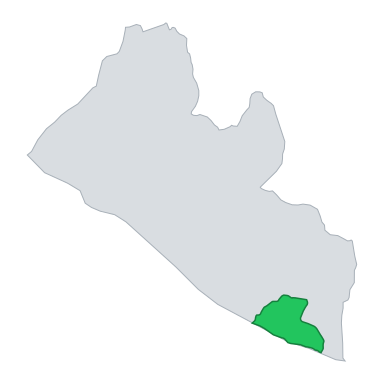 Grand Kru highlighted on a map of Liberia
{"feature_id": "LBR-780", "entity_name": "Grand Kru", "entity_type": "County", "adm_level": 1, "iso_a3": "LBR", "parent_name": "Liberia", "parent_adm1": "", "projection": "mercator", "projection_center": [-8.188, 4.813], "detail": "fine", "context": "in_parent", "style": "filled", "palette": "green", "viewbox_px": 384, "rotation_deg": 0, "n_neighbors": 0, "source": "natural_earth", "source_scale": "10m", "svg_char_len": 3012}
<svg xmlns="http://www.w3.org/2000/svg" viewBox="0 0 384 384"><path d="M27.3,155.0L31.6,151.4L37.8,139.8L46.5,128.7L54.7,122.1L61.2,115.3L68.0,110.1L77.8,104.0L92.8,87.9L96.3,86.1L98.7,75.0L102.4,60.8L106.8,56.5L117.0,53.8L119.3,51.4L123.0,41.4L125.3,29.8L125.5,27.3L129.5,27.0L136.4,24.5L140.4,25.6L142.1,29.0L143.0,31.8L163.9,24.5L165.7,23.0L166.8,23.3L169.4,29.8L170.9,29.4L172.2,27.5L173.5,27.4L175.2,28.2L176.8,31.3L179.5,34.0L184.0,35.9L186.8,38.6L186.5,45.5L187.6,52.3L189.6,53.9L190.6,57.9L191.1,62.4L192.2,64.7L193.0,69.2L192.6,74.0L193.4,77.4L196.7,83.2L198.8,90.6L198.8,95.8L197.6,101.3L195.4,106.3L191.5,111.7L191.2,113.9L193.5,115.3L197.0,115.6L199.9,114.5L207.3,117.0L211.1,120.6L214.5,125.0L217.6,127.2L219.0,130.0L224.2,129.3L230.3,126.6L231.5,125.3L233.3,126.0L237.2,126.3L240.0,121.4L242.2,115.8L246.9,109.8L249.2,107.4L249.8,103.6L250.1,98.6L251.8,94.2L255.7,91.8L259.9,91.9L262.2,92.8L263.3,97.0L266.7,100.2L269.6,102.3L271.1,103.3L273.5,105.7L275.8,114.2L284.8,141.5L284.3,149.0L282.6,154.0L282.5,158.8L281.9,163.5L276.4,171.3L260.2,187.2L261.4,188.6L265.3,190.4L269.3,191.4L272.5,190.9L276.6,194.9L280.9,199.9L285.6,202.5L292.2,204.8L298.1,205.0L303.0,204.1L310.1,205.1L317.5,209.3L320.2,216.1L321.9,222.0L324.5,225.1L324.9,230.2L330.2,234.7L337.8,235.6L347.6,240.9L350.0,240.7L351.1,240.0L352.3,241.0L354.8,256.3L356.7,264.4L355.7,267.7L354.4,270.3L354.3,282.6L349.9,289.7L349.1,297.5L347.9,300.0L343.1,302.3L343.1,308.2L341.8,315.5L341.4,323.1L342.7,343.2L342.9,358.1L345.1,361.0L335.8,359.7L308.7,348.3L287.8,341.8L217.8,304.4L198.3,289.4L175.9,267.0L126.0,221.9L114.7,214.7L100.3,211.2L91.4,207.4L85.2,203.2L80.1,190.7L67.6,183.2L44.6,172.7L27.3,155.0Z" fill="#d9dde1" stroke="#a8b0b8" stroke-width="1"/><path d="M321.1,352.6L319.6,352.1L317.6,350.6L316.8,350.3L315.4,350.1L314.6,349.7L314.0,349.1L313.2,348.6L311.8,348.0L308.3,347.1L305.6,346.7L300.5,344.7L290.8,343.5L287.9,342.6L284.5,338.8L283.2,338.1L281.7,337.8L273.4,334.8L264.5,328.5L259.9,325.9L252.2,323.1L254.3,321.2L255.0,320.3L255.4,319.1L255.5,317.9L256.1,315.8L256.4,315.4L256.7,315.1L258.7,315.0L259.1,314.9L259.8,314.6L260.1,314.3L260.4,314.0L261.5,311.6L263.4,308.4L263.9,307.7L264.3,307.2L266.7,305.9L272.0,301.8L272.3,301.6L272.6,301.5L273.2,301.4L276.7,301.4L277.1,301.3L277.8,301.1L278.1,300.8L278.4,300.5L279.1,299.3L281.6,296.3L282.1,295.9L282.8,295.5L283.8,295.1L287.3,295.5L288.5,295.9L291.3,297.8L291.9,297.9L292.2,298.0L292.7,297.7L295.4,297.9L306.6,299.7L307.4,301.8L307.5,302.4L307.5,303.4L307.4,303.9L307.2,304.4L307.0,304.9L306.4,305.6L304.5,308.7L304.5,308.8L303.3,310.9L300.5,317.9L300.5,318.7L300.6,319.4L300.7,319.8L300.9,320.2L301.0,320.5L301.5,321.0L302.0,321.5L302.4,321.7L308.1,323.6L313.3,325.9L314.5,326.5L315.1,327.0L315.7,327.5L316.3,328.2L316.8,328.8L320.4,334.8L321.5,336.4L323.4,339.6L323.7,340.4L323.9,341.0L323.8,341.7L323.2,343.8L323.1,345.4L323.2,348.3L323.0,348.9L322.8,349.5L322.5,350.0L321.4,351.9L321.1,352.6L321.1,352.6Z" fill="#22c55e" stroke="#15803d" stroke-width="1.5"/></svg>